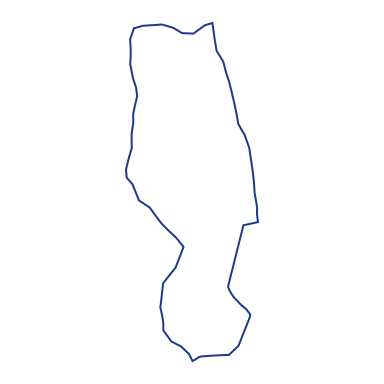 Oshimili North, Delta, Nigeria (Albers equal-area conic projection)
{"feature_id": "59680162B77604659700593", "entity_name": "Oshimili North", "entity_type": "district", "adm_level": 2, "iso_a3": "NGA", "parent_name": "Nigeria", "parent_adm1": "Delta", "projection": "albers", "projection_center": [6.642, 6.301], "detail": "fine", "context": "isolated", "style": "outline", "palette": "blue", "viewbox_px": 384, "rotation_deg": 0, "n_neighbors": 0, "source": "geoboundaries", "source_scale": "gbopen_adm2", "svg_char_len": 1593}
<svg xmlns="http://www.w3.org/2000/svg" viewBox="0 0 384 384"><path d="M134.0,28.2L133.0,31.2L132.1,33.6L130.1,39.4L130.7,48.8L130.7,56.4L130.2,63.7L130.2,64.0L133.1,78.6L136.0,87.4L137.2,96.2L134.9,105.6L134.0,110.1L133.2,113.8L133.2,117.8L133.3,122.6L131.7,133.3L131.6,134.3L131.7,148.4L129.7,155.0L128.9,157.7L128.1,161.0L126.0,169.5L126.7,177.7L132.4,184.1L139.0,200.5L149.6,207.4L155.9,216.1L157.5,218.2L160.7,222.5L161.1,223.1L167.4,229.5L176.6,238.2L183.5,246.9L182.5,249.6L179.5,257.5L178.5,260.1L175.6,267.5L168.2,276.9L166.9,278.5L165.1,280.8L163.1,283.4L161.4,298.7L161.0,302.4L160.3,307.5L162.1,315.1L163.3,322.7L163.3,330.3L168.8,337.9L171.3,341.4L181.1,346.5L189.1,354.1L192.5,361.0L194.1,360.2L195.9,359.1L198.5,357.5L199.0,357.2L199.4,356.9L201.8,356.4L207.7,356.0L213.6,355.6L214.3,355.5L228.9,354.9L231.9,352.1L234.3,349.8L238.5,345.8L246.5,325.6L249.7,317.5L250.3,314.6L246.3,309.2L244.0,307.3L241.1,304.9L239.2,302.9L237.7,301.3L235.6,299.1L233.1,296.4L231.8,294.2L230.2,291.7L228.0,286.9L228.6,284.4L230.8,275.5L234.2,262.1L237.9,247.3L243.4,225.3L258.0,222.1L257.0,214.6L257.1,207.6L256.4,203.0L254.6,193.0L254.0,182.5L252.8,171.9L251.1,160.2L250.2,154.7L249.3,148.0L248.8,146.6L244.7,135.1L238.3,124.0L236.6,114.1L235.9,110.9L234.4,103.8L234.2,103.0L234.1,102.3L231.9,93.0L229.0,81.3L226.1,72.6L223.2,61.5L217.9,52.9L216.6,50.8L214.7,39.5L212.4,23.0L204.8,25.3L201.9,27.4L196.0,31.7L193.4,33.6L182.0,33.1L173.4,27.9L172.4,27.6L170.4,27.0L162.0,24.5L152.3,25.2L149.8,25.3L142.6,25.8L136.4,27.6L134.8,28.0L134.0,28.2Z" fill="none" stroke="#1e3a8a" stroke-width="2"/></svg>